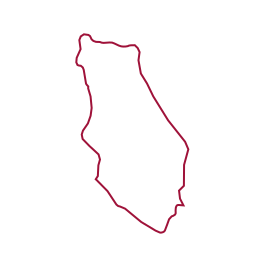 map outline of Nabeul (Mercator projection), rotated 300°
{"feature_id": "TUN-107", "entity_name": "Nabeul", "entity_type": "Governorate", "adm_level": 1, "iso_a3": "TUN", "parent_name": "Tunisia", "parent_adm1": "", "projection": "mercator", "projection_center": [10.722, 36.719], "detail": "fine", "context": "isolated", "style": "outline", "palette": "rose", "viewbox_px": 256, "rotation_deg": 300, "n_neighbors": 0, "source": "natural_earth", "source_scale": "10m", "svg_char_len": 1197}
<svg xmlns="http://www.w3.org/2000/svg" viewBox="0 0 256 256"><g transform="rotate(300 128 128)"><path d="M67.5,125.7L71.3,125.9L80.9,121.0L86.7,119.5L90.4,115.7L91.9,109.1L93.1,103.7L95.8,94.2L99.2,91.2L103.2,90.3L111.9,91.0L119.9,89.5L127.2,86.5L136.6,79.8L142.4,73.7L144.1,72.8L144.8,70.7L145.4,69.5L156.2,60.6L157.8,58.6L158.3,56.0L157.6,54.4L157.3,52.8L159.0,50.4L163.1,48.5L172.6,47.5L179.8,41.9L183.7,41.3L187.1,43.0L188.8,47.2L188.6,49.2L186.6,52.1L186.1,54.5L186.6,57.2L188.4,60.6L188.8,62.7L189.5,64.3L192.8,69.2L194.0,71.5L194.4,73.9L194.8,78.9L195.3,81.2L196.1,83.1L197.4,85.2L198.8,86.9L199.8,87.6L200.9,88.9L203.1,92.5L202.1,96.4L199.5,100.1L191.9,103.2L181.6,111.9L176.0,122.3L168.0,134.1L154.7,158.9L144.6,184.4L139.7,190.9L124.1,195.0L105.9,205.3L99.3,203.5L92.8,208.4L88.7,214.7L87.7,212.6L86.7,210.4L86.4,209.9L86.0,209.5L85.4,209.1L84.2,209.0L82.8,209.3L80.3,210.5L78.9,211.4L77.7,212.0L76.4,212.0L74.5,211.0L73.3,210.0L69.5,209.2L64.0,210.2L57.8,211.2L56.7,211.1L56.0,210.8L55.2,210.3L54.5,209.6L53.8,208.8L53.4,207.8L52.9,203.1L53.2,186.5L56.7,165.8L56.0,160.2L55.5,158.5L55.9,156.2L63.1,141.8L67.2,127.0L67.5,125.7Z" fill="none" stroke="#9f1239" stroke-width="2"/></g></svg>